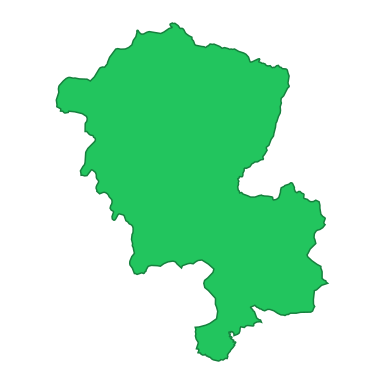 Benenitra, Atsimo-Andrefana, Madagascar (Mercator projection)
{"feature_id": "10022922B93003724204974", "entity_name": "Benenitra", "entity_type": "district", "adm_level": 2, "iso_a3": "MDG", "parent_name": "Madagascar", "parent_adm1": "Atsimo-Andrefana", "projection": "mercator", "projection_center": [45.12, -23.452], "detail": "fine", "context": "isolated", "style": "filled", "palette": "green", "viewbox_px": 384, "rotation_deg": 0, "n_neighbors": 0, "source": "geoboundaries", "source_scale": "gbopen_adm2", "svg_char_len": 5939}
<svg xmlns="http://www.w3.org/2000/svg" viewBox="0 0 384 384"><path d="M172.3,23.0L170.2,24.0L170.0,24.8L170.9,26.3L172.0,27.1L171.9,27.6L169.0,28.5L164.0,32.0L160.8,33.5L149.2,31.6L147.0,32.2L143.4,34.1L141.3,34.1L139.4,32.6L138.1,30.5L137.3,30.3L136.8,31.0L137.0,32.3L135.9,36.7L133.3,40.4L131.9,44.9L128.7,47.5L125.3,49.0L120.8,49.2L117.7,48.6L115.7,49.1L109.6,57.3L107.5,62.6L107.5,63.6L104.6,67.2L102.5,67.0L100.2,67.7L99.0,69.2L94.4,76.9L90.3,81.0L87.1,79.2L79.4,78.9L75.0,78.0L73.2,78.2L69.9,77.4L68.3,77.5L66.2,78.5L63.4,80.9L59.3,85.5L58.8,86.6L58.4,88.9L58.8,92.4L56.3,100.0L57.0,104.8L56.8,106.7L60.5,108.7L60.8,109.1L60.5,111.1L62.7,111.2L64.4,112.9L65.3,113.0L68.3,112.4L68.8,111.2L74.8,111.8L82.2,113.6L86.5,116.4L87.2,118.4L87.1,119.9L86.7,121.5L85.5,122.9L85.2,123.9L85.1,131.5L86.8,131.5L89.1,134.2L90.3,135.0L93.0,135.6L93.6,137.2L95.2,138.3L95.4,139.8L94.9,141.3L87.9,148.4L86.1,151.5L85.7,152.6L85.1,162.2L84.7,164.0L84.3,164.9L83.0,166.4L80.4,170.9L80.9,172.9L81.1,175.3L82.2,175.2L84.7,175.9L87.0,175.6L91.4,169.8L92.6,170.1L95.4,172.4L96.3,174.7L96.3,177.2L96.7,178.6L98.4,180.6L98.6,181.6L98.2,182.9L96.9,185.1L96.2,186.9L96.1,188.3L96.9,190.3L96.8,191.3L99.6,193.8L103.1,192.4L104.5,192.3L105.9,192.8L107.5,193.9L108.6,195.4L109.1,196.7L111.8,199.7L112.1,202.1L111.6,204.2L110.7,205.7L110.1,208.2L111.3,210.2L112.9,211.0L113.6,211.9L112.0,216.6L112.3,219.0L113.6,220.1L114.7,220.1L115.7,218.9L118.0,214.7L118.8,214.0L119.6,213.9L123.4,215.0L124.2,215.8L125.9,220.7L127.8,221.9L129.2,223.8L131.5,224.9L132.5,226.2L133.1,227.9L133.1,231.4L132.8,233.2L132.1,234.3L131.5,239.4L132.6,243.5L132.3,245.6L132.7,246.8L133.3,247.4L133.4,248.7L134.4,253.3L131.8,256.6L129.9,261.2L129.7,263.3L130.0,265.0L132.3,268.1L134.4,273.5L134.9,273.3L137.1,274.4L141.8,272.8L143.6,273.5L144.4,273.0L144.7,272.1L145.8,271.4L146.4,269.4L148.2,266.3L151.3,265.4L157.5,265.7L160.4,266.2L163.8,263.7L167.9,261.9L173.0,261.1L175.5,261.9L176.9,263.8L181.5,268.0L182.4,265.7L187.9,263.7L190.3,263.3L193.2,263.8L195.4,262.0L198.0,260.5L201.9,260.0L208.4,264.1L213.9,269.0L213.0,272.4L207.7,278.0L204.6,280.4L203.8,283.3L204.8,287.6L208.4,290.5L215.5,298.4L215.4,304.2L216.5,306.9L217.7,311.3L216.6,318.7L209.9,323.4L206.0,325.1L199.0,327.0L195.2,327.3L195.9,329.6L195.4,331.7L195.9,334.0L195.4,335.9L196.2,339.1L198.1,342.1L198.2,343.3L196.4,348.8L198.5,349.2L198.8,349.9L198.7,350.8L198.0,352.7L200.5,353.1L200.8,353.9L202.5,355.0L204.3,355.0L205.3,354.4L206.5,356.0L207.6,356.1L208.2,356.8L210.1,357.3L211.8,359.0L213.3,359.8L218.5,361.0L219.8,360.6L220.8,359.6L223.1,360.0L225.3,358.4L227.2,358.5L227.8,356.3L227.4,355.0L228.9,352.6L230.0,351.5L230.8,349.9L233.0,347.5L234.7,345.1L234.1,344.6L235.7,342.6L235.5,342.0L233.2,341.9L233.7,340.3L230.8,338.6L231.9,337.5L231.8,337.1L230.9,336.5L229.8,336.8L229.5,336.6L230.2,334.8L230.1,334.4L229.3,333.9L228.9,332.7L229.1,332.0L229.9,332.0L230.7,332.6L231.1,331.5L232.6,331.8L232.8,332.3L233.9,333.4L234.0,335.6L237.6,334.2L239.1,333.1L239.9,331.0L240.1,328.3L240.8,326.8L244.3,327.5L246.0,325.9L247.6,325.5L253.1,326.0L253.7,325.6L253.8,323.9L254.2,323.4L256.9,322.0L260.1,321.7L261.4,322.2L260.5,320.0L258.6,319.6L257.9,318.8L256.7,318.0L254.5,311.9L253.9,311.2L253.1,310.8L252.7,309.6L250.6,307.6L250.6,307.2L254.8,305.3L257.0,307.3L258.1,307.6L259.9,308.9L261.0,309.0L262.8,310.2L264.7,310.8L267.6,309.4L269.8,309.4L273.9,310.8L277.5,313.2L281.0,314.9L283.3,315.0L285.0,315.5L286.7,314.5L288.3,314.5L290.4,313.2L296.2,313.2L300.6,312.3L310.8,312.1L312.6,311.0L314.1,307.3L314.7,306.6L313.7,304.8L313.5,303.8L313.4,299.6L314.4,290.6L316.5,289.9L321.6,285.3L327.7,283.3L326.2,282.1L325.7,280.7L324.4,280.4L322.1,278.5L322.1,271.7L321.3,269.1L320.8,268.5L320.9,266.4L317.1,264.4L311.9,260.7L307.8,256.9L307.0,254.9L308.0,253.4L310.2,249.0L315.8,243.5L314.9,239.8L314.0,237.5L314.4,233.7L316.1,231.1L317.3,230.2L319.9,229.5L322.7,227.7L325.1,224.7L324.1,223.8L323.8,222.4L325.2,218.6L324.9,217.8L322.7,216.4L320.9,214.2L319.9,208.2L319.9,205.2L319.1,201.8L315.8,200.2L313.3,201.6L310.8,201.7L309.5,201.2L307.2,199.3L304.1,198.5L303.7,197.5L304.0,194.6L303.6,193.9L301.7,193.1L300.0,191.5L298.6,191.5L296.9,192.7L295.3,191.7L294.3,189.1L294.4,187.4L292.5,183.4L291.7,182.8L290.7,182.8L288.9,184.2L284.9,185.5L284.2,186.3L281.2,187.8L280.6,190.2L280.4,192.5L279.0,197.0L278.5,197.8L276.4,199.4L273.6,200.0L273.0,199.6L272.6,197.3L271.9,196.9L268.1,196.2L264.4,196.0L262.0,195.5L261.6,195.1L259.0,195.6L255.0,197.1L250.6,197.1L247.8,195.8L243.1,194.1L241.6,192.5L239.6,192.9L239.3,191.2L238.2,190.0L237.7,186.7L238.5,184.5L238.3,182.6L238.9,181.2L237.9,179.4L237.8,178.8L239.1,178.0L239.5,176.6L242.0,176.8L242.5,176.4L242.9,175.1L242.9,173.2L244.1,170.8L244.2,168.6L244.8,168.1L246.4,168.3L249.9,166.7L251.9,163.8L253.5,163.0L254.7,162.0L257.7,161.8L260.8,159.8L263.1,159.5L263.4,158.9L263.0,157.9L262.9,156.5L264.6,154.4L267.1,150.2L266.3,148.3L266.4,147.2L268.9,145.3L271.1,139.4L273.5,136.0L273.9,133.4L275.5,127.2L275.9,123.2L276.8,121.7L278.4,116.6L280.2,113.0L280.5,110.3L280.2,106.7L281.4,103.0L280.9,101.1L281.2,98.3L283.7,95.8L287.5,88.3L289.1,86.7L289.1,85.8L288.3,84.3L288.0,82.7L289.1,76.0L288.1,73.3L287.3,70.1L286.5,69.2L285.5,68.9L282.4,68.7L281.0,67.3L279.6,67.1L278.4,65.4L276.7,65.7L274.5,67.5L273.5,67.3L272.5,67.7L271.7,67.3L270.2,65.7L267.8,66.0L266.5,65.5L265.8,65.1L265.3,64.1L263.4,63.3L261.7,63.3L260.9,62.5L259.0,62.0L258.8,61.5L259.7,59.4L259.4,58.8L258.3,58.9L251.9,61.9L250.5,62.1L250.0,61.6L248.5,57.1L246.0,54.3L243.7,53.0L238.7,51.4L234.5,49.0L232.7,49.4L231.0,49.0L229.8,49.4L227.9,48.5L224.5,47.6L222.1,48.3L219.8,46.5L214.0,44.1L212.6,44.4L210.1,44.0L208.3,45.8L207.4,46.1L206.1,47.2L205.4,47.5L204.0,46.7L201.8,46.5L195.5,45.2L194.7,44.3L193.5,41.0L192.0,39.3L191.9,37.2L189.0,35.8L186.5,34.0L185.4,32.9L183.9,29.9L183.0,28.8L182.0,28.3L180.6,28.5L179.9,28.2L178.1,25.6L174.9,23.3L172.9,23.5L172.3,23.0Z" fill="#22c55e" stroke="#15803d" stroke-width="1.5"/></svg>